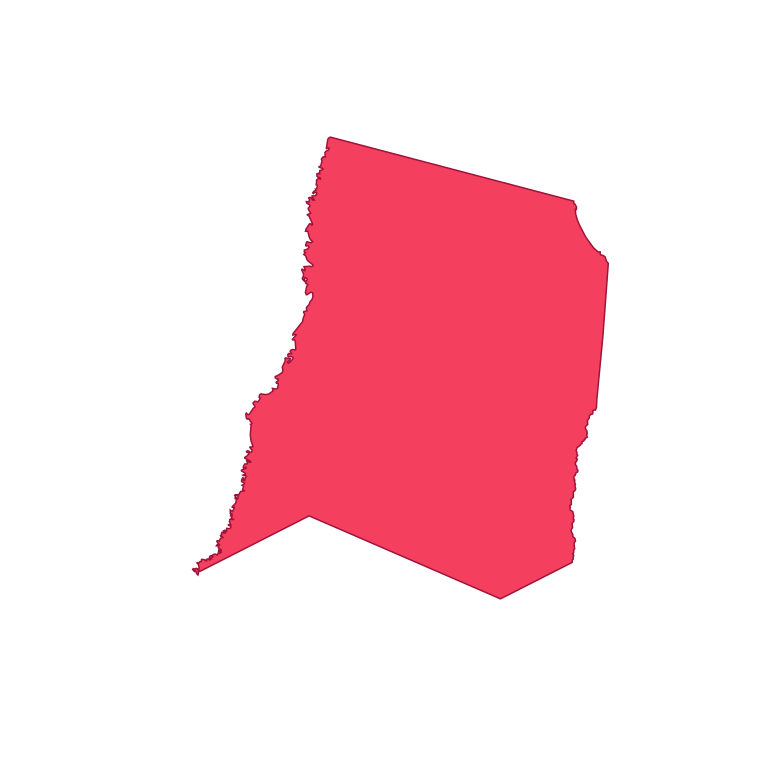 outline of Patiño, Formosa, Argentina, rotated 63°
{"feature_id": "61730980B73790224663832", "entity_name": "Patiño", "entity_type": "district", "adm_level": 2, "iso_a3": "ARG", "parent_name": "Argentina", "parent_adm1": "Formosa", "projection": "albers", "projection_center": [-59.34, -25.077], "detail": "fine", "context": "isolated", "style": "filled", "palette": "rose", "viewbox_px": 768, "rotation_deg": 63, "n_neighbors": 0, "source": "geoboundaries", "source_scale": "gbopen_adm2", "svg_char_len": 6170}
<svg xmlns="http://www.w3.org/2000/svg" viewBox="0 0 768 768"><g transform="rotate(63 384 384)"><path d="M467.5,510.6L628.3,377.8L628.4,297.3L626.1,295.8L625.9,294.8L624.7,294.5L623.0,292.8L620.8,292.8L620.7,291.8L617.9,290.2L617.5,289.0L612.2,287.0L610.8,284.6L608.2,284.0L605.8,285.0L603.8,284.1L599.8,284.1L598.2,282.6L597.7,281.2L593.7,279.8L592.5,277.1L591.0,276.3L590.6,276.8L587.6,274.8L583.3,273.7L580.9,275.3L579.7,275.1L578.4,273.9L577.2,273.9L576.6,273.5L576.7,272.5L576.2,271.6L571.7,269.6L570.9,266.7L566.3,264.4L565.8,263.7L565.9,262.7L564.7,260.9L560.9,259.9L560.2,258.9L559.1,259.1L556.2,257.7L556.0,258.1L555.5,257.5L553.8,257.5L552.6,256.7L552.1,255.0L550.4,253.4L550.2,251.3L549.0,250.4L547.1,250.6L544.8,249.7L542.6,250.0L540.5,248.9L540.7,248.3L539.5,246.5L538.9,246.7L538.5,245.9L537.5,246.4L536.7,246.0L535.5,243.8L533.7,244.0L532.5,243.1L530.7,243.1L528.5,241.2L527.6,236.8L526.9,235.8L527.0,234.7L525.5,233.9L525.4,231.7L524.6,230.9L524.8,230.2L523.8,229.5L523.7,227.0L522.2,226.8L519.9,225.2L518.0,224.5L515.4,224.8L513.4,223.9L512.5,220.8L509.0,219.4L507.5,216.6L505.7,215.5L505.0,214.1L505.4,211.7L502.6,209.8L502.3,209.1L503.2,207.5L501.5,205.4L494.6,201.5L440.2,166.9L378.4,129.4L375.8,130.0L371.0,129.3L369.1,130.3L367.0,132.5L364.4,131.4L363.6,133.3L357.7,135.5L345.0,137.5L332.1,137.7L325.8,137.3L319.5,136.0L316.4,134.8L315.2,134.1L315.9,133.7L315.1,132.8L313.7,132.1L310.5,132.2L309.1,132.9L307.2,131.9L139.6,319.8L139.9,322.2L140.9,323.3L147.7,328.3L148.3,328.2L147.9,327.1L148.6,326.0L149.1,325.9L149.7,326.5L150.5,328.1L150.2,329.5L150.8,331.5L155.0,333.3L154.0,335.0L154.8,337.2L155.4,337.8L157.1,338.0L160.9,341.3L160.9,343.3L161.4,343.4L164.3,340.7L164.9,340.9L165.1,341.8L164.6,344.3L167.5,345.9L166.4,346.7L166.4,348.6L168.6,349.4L169.8,349.0L171.3,347.3L172.5,347.5L171.1,349.3L171.7,351.7L173.2,352.2L175.7,354.1L176.6,353.3L177.2,353.5L179.1,355.0L179.6,355.7L179.2,356.6L180.3,356.6L180.5,359.2L181.4,360.8L182.3,360.5L182.0,359.4L182.5,357.1L184.5,357.8L185.0,360.0L183.8,362.7L184.7,363.1L188.5,362.6L187.8,364.1L185.1,364.2L184.1,365.2L184.0,366.6L185.8,366.7L187.7,368.2L186.2,370.4L188.0,370.7L190.5,368.9L191.9,369.3L193.0,371.8L193.9,372.1L198.6,371.9L198.3,375.4L198.8,375.5L200.0,374.6L209.1,375.0L209.8,376.1L208.5,376.3L207.4,377.5L210.4,382.9L212.3,384.6L213.4,382.5L218.9,383.9L222.0,384.0L224.8,383.0L224.9,385.2L222.4,387.8L222.4,388.5L224.7,390.8L225.4,390.9L225.9,390.5L226.0,389.1L227.1,388.5L228.0,388.7L229.0,390.8L228.5,394.2L230.3,395.1L231.4,394.4L232.1,396.7L234.4,395.6L238.0,396.2L239.5,396.0L245.8,393.2L246.6,394.0L246.6,395.1L245.5,396.4L243.1,402.0L246.5,402.4L247.1,403.1L244.5,404.8L244.8,405.5L249.5,405.8L251.4,407.0L252.8,408.9L253.7,409.0L256.5,408.2L256.0,407.4L254.4,407.5L253.1,406.4L255.3,404.7L255.9,404.9L258.4,407.9L258.9,408.0L260.8,406.7L262.4,409.0L266.8,412.5L269.1,412.7L269.5,412.3L269.0,407.6L270.0,406.4L271.2,406.4L274.4,408.0L276.4,410.4L276.7,411.9L279.3,414.9L280.4,417.9L281.2,418.8L283.8,419.4L283.0,422.6L283.8,423.1L286.2,423.2L288.2,425.7L291.4,428.2L297.8,442.2L299.1,443.0L299.4,440.8L300.4,439.9L302.7,445.4L303.3,445.2L304.2,443.7L305.5,443.6L313.2,447.0L313.4,447.5L311.7,449.8L311.7,452.2L312.3,452.8L314.8,452.5L314.9,453.1L313.6,454.9L314.0,456.3L315.7,457.0L316.3,456.7L317.5,454.0L318.8,453.1L319.6,453.1L320.2,453.8L321.6,457.0L322.1,459.6L321.6,460.1L320.5,459.9L320.0,457.2L318.9,455.9L316.0,460.0L316.5,460.8L317.7,461.0L319.0,462.1L322.8,467.0L326.0,467.9L327.6,469.5L328.2,475.0L327.9,477.5L329.3,478.1L331.2,476.9L331.7,476.0L332.3,476.1L333.3,477.6L333.2,478.8L333.7,479.4L334.6,479.4L335.0,478.5L336.0,478.1L339.4,480.7L339.4,482.7L337.2,485.4L339.8,486.1L340.6,491.6L339.5,494.6L337.0,498.0L337.0,499.2L337.3,500.0L339.2,501.3L340.5,500.6L342.7,504.2L340.7,506.9L341.4,509.3L343.0,509.6L345.1,509.0L345.9,509.5L346.3,511.6L349.7,517.5L349.7,518.7L349.1,519.3L347.4,519.9L348.1,520.8L351.6,522.1L353.1,521.9L354.2,519.9L356.3,520.0L359.0,519.4L359.4,519.9L359.3,521.3L360.5,521.2L368.5,526.2L374.2,528.3L380.2,529.1L380.4,529.6L379.3,532.0L379.7,532.4L383.0,531.6L383.8,532.0L384.4,533.6L384.1,534.5L383.1,534.5L381.6,535.6L381.7,537.2L382.3,537.3L384.3,535.8L384.9,536.3L385.8,538.4L386.2,541.5L387.0,541.7L392.1,538.1L393.1,538.2L392.7,539.5L390.2,540.4L390.1,541.3L392.1,541.4L393.1,542.1L392.0,544.6L394.1,547.2L395.4,547.4L395.3,544.9L396.5,545.0L396.0,550.1L396.7,550.5L400.5,548.1L401.4,548.5L401.1,551.2L401.9,550.8L402.8,548.6L403.9,548.7L404.6,550.3L406.4,551.4L406.6,552.3L406.1,552.9L404.0,551.9L403.4,552.7L405.1,554.6L406.5,555.2L408.9,553.1L409.7,554.3L409.7,556.5L410.9,555.7L411.6,555.8L413.9,558.0L415.6,557.0L415.6,558.1L414.6,560.6L416.7,563.5L415.1,566.8L415.5,567.5L417.1,565.2L417.9,565.1L419.4,565.8L419.8,566.7L416.8,567.7L418.6,568.7L419.2,567.7L419.7,567.8L422.7,570.1L424.4,574.9L424.9,575.2L425.5,574.5L425.5,573.5L426.3,573.4L428.8,576.9L426.4,578.2L429.7,579.7L431.0,578.5L431.8,578.7L431.2,580.2L431.8,580.6L433.3,579.8L434.5,581.3L435.1,580.2L436.2,579.8L435.9,580.9L434.9,581.5L434.7,582.9L436.8,584.4L439.8,584.4L439.9,585.0L438.8,586.3L438.9,586.7L439.4,586.8L441.1,584.9L442.2,585.5L442.6,586.1L442.6,587.5L441.2,589.7L443.5,590.9L443.3,591.6L442.1,592.0L442.0,593.9L442.7,594.3L443.9,592.2L444.3,592.4L444.6,593.0L444.1,594.1L442.7,595.7L443.3,596.7L444.3,596.8L444.9,598.6L445.6,598.5L446.9,597.1L447.7,597.3L447.2,599.5L449.2,602.3L448.2,603.0L447.9,603.9L448.3,604.4L450.2,604.3L452.0,603.6L451.5,605.7L452.1,606.8L453.2,604.6L454.6,606.0L457.6,604.5L458.2,604.5L458.9,605.4L459.9,605.2L460.2,607.2L457.8,606.1L456.9,606.7L459.1,608.1L460.6,610.4L459.0,611.4L458.4,613.5L458.7,614.7L460.2,614.6L460.5,615.6L458.5,616.0L458.4,617.4L460.2,619.2L460.6,617.5L461.5,617.3L461.6,619.4L460.4,619.9L459.6,621.2L459.8,622.0L460.8,622.1L461.1,622.6L459.0,623.8L457.5,625.8L457.9,626.6L459.3,627.4L458.7,628.7L459.6,630.3L458.3,631.4L458.5,631.9L460.4,631.3L463.5,632.1L464.7,633.0L464.4,634.0L462.9,635.1L463.0,636.6L461.9,637.7L462.3,638.7L464.9,638.1L464.4,637.2L464.8,636.7L468.2,637.0L469.7,636.5L468.2,635.1L465.2,633.7L467.4,633.1L467.5,510.6Z" fill="#f43f5e" stroke="#9f1239" stroke-width="1.5"/></g></svg>